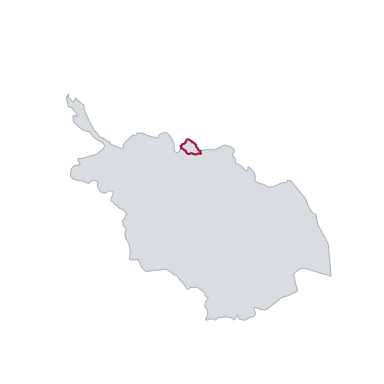 where Khost sits in Afghanistan, rotated 247°
{"feature_id": "AFG-1758", "entity_name": "Khost", "entity_type": "Province", "adm_level": 1, "iso_a3": "AFG", "parent_name": "Afghanistan", "parent_adm1": "", "projection": "mercator", "projection_center": [69.796, 33.377], "detail": "fine", "context": "in_parent", "style": "outline", "palette": "rose", "viewbox_px": 384, "rotation_deg": 247, "n_neighbors": 0, "source": "natural_earth", "source_scale": "10m", "svg_char_len": 4905}
<svg xmlns="http://www.w3.org/2000/svg" viewBox="0 0 384 384"><g transform="rotate(247 192 192)"><path d="M168.6,113.7L175.4,113.0L180.1,113.9L182.5,116.3L184.9,117.0L187.2,115.8L188.7,115.6L189.3,116.3L190.4,116.7L192.2,116.5L193.2,117.2L193.5,118.6L194.8,120.5L197.2,122.7L199.3,123.2L202.1,121.5L203.0,121.7L203.5,121.2L203.8,119.9L205.5,118.7L208.5,117.6L210.3,116.6L210.9,115.8L211.9,115.6L213.1,115.8L213.9,115.5L214.5,114.4L215.6,114.0L216.5,114.2L220.7,118.2L222.4,119.4L223.1,119.2L225.3,117.0L225.5,115.0L225.0,112.4L225.4,110.2L226.8,108.6L229.3,107.6L233.1,107.3L235.4,107.5L236.2,108.3L237.4,108.8L238.8,108.9L240.2,107.9L241.4,105.9L241.5,103.5L240.4,100.5L240.7,99.6L242.6,98.1L244.6,95.9L246.5,93.0L248.4,89.5L250.7,87.4L253.5,86.5L256.8,87.5L260.7,90.2L262.2,93.6L261.3,97.5L261.2,99.7L262.0,100.1L266.4,99.4L267.0,99.9L267.0,101.1L266.3,102.7L265.5,107.4L264.1,118.9L266.0,125.8L267.3,128.5L268.6,129.3L269.9,129.6L271.3,129.4L274.0,127.7L278.0,124.4L282.0,122.4L287.7,121.3L289.7,117.9L292.3,115.6L298.4,112.1L301.7,110.8L303.6,110.6L308.2,111.9L308.5,112.9L308.2,114.1L306.8,115.0L306.4,115.7L306.9,116.2L308.8,116.4L316.8,114.1L318.6,112.0L320.3,111.9L323.7,112.8L326.3,112.5L327.7,113.4L330.8,116.4L329.8,116.6L328.4,116.0L327.6,115.0L324.4,116.3L320.8,118.2L320.9,118.7L324.0,121.5L317.4,124.5L314.4,126.2L313.6,126.3L309.2,124.7L296.6,125.2L287.1,126.1L283.4,127.7L279.9,128.4L278.1,129.2L276.9,130.8L271.7,134.4L270.7,135.7L267.8,135.6L264.7,139.0L260.3,143.1L259.4,145.0L260.1,146.0L262.4,147.5L263.5,148.9L265.1,152.8L265.8,155.6L266.8,156.8L267.4,160.0L266.3,161.9L266.3,162.9L267.8,165.4L267.4,166.1L266.3,167.3L264.6,170.4L261.5,172.8L260.2,174.8L258.0,177.1L257.1,179.1L256.1,180.1L255.1,180.7L255.4,181.7L256.3,183.0L257.7,184.4L257.6,190.3L256.8,191.9L252.9,193.5L249.1,194.2L244.5,194.2L242.8,194.0L236.4,191.8L234.4,192.9L234.0,195.4L237.6,199.5L239.1,201.8L240.8,205.7L242.0,207.7L241.6,209.5L235.0,213.6L230.8,214.0L228.2,214.7L226.9,215.7L226.0,220.0L225.1,221.6L225.1,223.4L224.2,225.5L222.9,226.9L221.9,229.1L222.7,240.4L218.9,244.9L216.8,246.5L214.7,247.3L213.1,247.0L211.0,244.5L209.5,243.5L208.0,243.7L206.5,244.6L204.2,244.3L202.1,243.4L201.1,243.5L200.5,244.4L198.3,246.3L193.0,249.2L190.8,249.5L189.9,250.2L190.2,251.4L191.2,252.4L192.9,253.1L193.0,253.9L190.2,255.4L187.5,256.3L184.3,256.7L181.0,256.1L179.3,254.8L177.3,254.7L175.4,255.7L173.6,257.2L170.9,261.2L167.1,263.6L166.1,266.0L165.0,270.4L165.4,276.8L164.9,279.7L164.1,281.5L164.2,283.0L165.5,284.7L165.0,285.7L163.9,287.0L162.9,287.6L142.0,293.7L138.6,293.9L136.9,293.6L131.0,293.6L128.5,294.1L126.1,294.9L124.2,295.9L122.8,297.5L120.4,296.6L112.6,295.1L91.6,297.1L89.6,296.7L60.1,287.1L78.2,265.4L78.7,263.6L78.8,260.0L77.7,255.2L75.8,253.0L59.7,250.4L59.1,246.7L59.3,245.0L59.0,241.8L59.1,239.3L59.8,235.2L59.8,233.3L54.7,214.8L54.7,213.0L57.7,208.7L61.5,204.5L61.3,203.7L59.4,203.3L56.5,203.2L54.9,202.6L53.7,201.4L53.2,199.7L54.0,196.7L53.2,190.8L56.2,185.9L61.0,185.6L58.5,182.0L58.0,181.6L57.8,181.0L58.1,180.3L59.3,180.1L62.2,177.8L62.3,176.5L64.7,173.1L64.5,171.5L66.0,167.5L65.2,164.7L65.0,163.3L66.8,162.3L67.9,158.5L68.5,157.5L68.6,156.6L68.2,155.0L69.8,154.8L71.2,156.8L73.6,158.9L75.1,159.5L77.0,159.8L81.2,159.1L82.1,159.2L86.5,162.8L87.3,163.8L87.6,165.2L88.3,165.6L89.8,164.2L91.3,163.7L94.2,164.2L95.6,163.7L102.7,159.2L103.3,156.3L104.0,154.6L104.9,153.6L103.8,150.3L104.2,149.7L105.1,149.4L107.5,149.4L118.3,145.7L121.1,145.7L121.7,145.4L121.9,144.4L122.7,143.3L127.8,140.6L130.8,137.9L131.8,135.8L136.7,118.8L139.3,117.4L141.9,116.3L150.9,116.0L152.6,110.7L153.4,109.5L154.9,108.2L161.6,112.0L168.6,113.7Z" fill="#d9dde1" stroke="#a8b0b8" stroke-width="1"/><path d="M236.5,199.0L236.8,199.1L237.8,199.5L238.6,199.4L238.8,199.6L239.0,200.5L239.1,200.9L239.2,201.0L239.4,201.2L239.7,201.3L239.8,201.4L239.9,201.6L239.9,202.1L239.5,203.6L239.5,204.0L239.5,204.5L239.7,204.9L240.0,205.3L240.7,205.5L240.8,205.7L240.9,206.0L241.0,206.2L242.0,207.3L242.4,208.1L242.2,208.8L238.9,211.6L238.6,211.8L238.2,211.8L237.7,211.6L236.8,212.9L236.7,213.1L236.4,213.2L235.9,213.2L235.7,213.2L234.2,214.1L233.4,214.2L232.1,213.5L231.4,213.6L230.5,214.3L230.1,214.4L229.8,214.3L229.6,214.2L229.0,214.3L228.6,214.3L227.8,214.4L227.2,214.9L226.7,215.5L226.5,215.9L224.7,215.2L223.9,215.2L223.8,214.6L224.4,213.9L225.0,213.1L225.0,212.9L225.0,212.7L225.0,212.1L224.9,211.9L224.8,211.7L224.8,211.4L225.0,210.5L225.1,210.1L225.2,209.9L225.4,209.6L225.8,209.2L225.9,208.7L226.0,208.6L227.0,207.6L227.5,207.4L227.6,207.2L227.8,206.9L227.9,206.6L228.3,205.2L228.0,204.8L228.0,204.5L228.1,204.3L228.4,203.7L228.5,203.4L229.1,202.9L229.4,202.7L229.7,202.6L230.9,202.2L232.2,202.1L232.3,202.1L232.6,202.3L233.2,201.4L233.3,201.4L233.5,201.2L234.1,201.1L234.4,200.9L234.8,200.7L235.4,200.3L235.9,200.2L236.0,200.1L236.3,199.7L236.5,199.4L236.5,199.0Z" fill="none" stroke="#9f1239" stroke-width="2"/></g></svg>